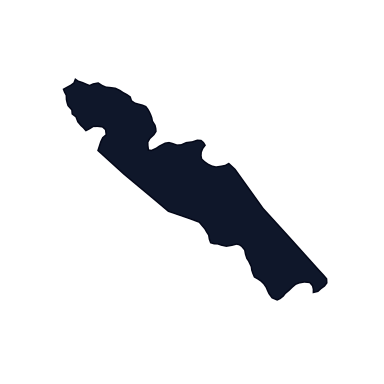 Ubaitaba, Bahia, Brazil, rotated 208°
{"feature_id": "56859067B94631284675469", "entity_name": "Ubaitaba", "entity_type": "district", "adm_level": 2, "iso_a3": "BRA", "parent_name": "Brazil", "parent_adm1": "Bahia", "projection": "orthographic", "projection_center": [-39.41, -14.263], "detail": "fine", "context": "isolated", "style": "filled", "palette": "ink", "viewbox_px": 384, "rotation_deg": 208, "n_neighbors": 0, "source": "geoboundaries", "source_scale": "gbopen_adm2", "svg_char_len": 1882}
<svg xmlns="http://www.w3.org/2000/svg" viewBox="0 0 384 384"><g transform="rotate(208 192 192)"><path d="M326.0,244.2L330.0,241.0L332.4,237.9L336.1,237.5L339.9,237.2L344.6,236.4L347.9,236.8L347.4,232.9L349.0,229.5L351.0,226.5L353.7,222.4L351.4,220.4L348.4,218.4L346.2,214.6L344.2,212.3L342.0,210.1L336.6,208.1L334.4,204.7L329.7,203.9L325.7,200.4L321.2,198.6L318.1,197.8L314.5,196.4L312.1,199.9L310.0,203.6L305.9,205.8L301.6,207.5L297.6,206.5L294.6,202.3L296.3,198.1L296.1,193.6L295.2,188.5L294.5,184.5L260.2,175.8L240.6,171.7L220.0,167.4L203.8,163.9L183.2,167.2L171.4,168.8L167.2,167.1L163.4,165.6L160.4,163.7L157.0,161.8L154.5,158.5L151.7,156.0L148.2,156.7L144.9,158.3L141.1,158.9L136.2,160.3L131.9,163.6L128.3,166.9L125.5,167.7L122.6,167.4L118.2,165.6L115.6,162.3L112.3,159.1L109.6,157.7L107.2,155.9L104.5,153.9L102.6,151.2L100.2,148.9L97.0,146.3L93.0,146.2L89.3,145.8L85.5,144.7L81.7,142.7L79.0,140.5L76.2,138.4L71.6,136.2L66.1,136.7L64.2,139.3L62.6,143.0L62.1,146.1L60.2,150.8L58.8,155.2L57.2,159.2L54.8,162.0L50.6,165.3L45.5,167.4L41.5,165.8L39.2,163.2L37.7,160.3L34.2,163.4L32.9,167.1L30.9,171.2L30.3,175.0L32.4,178.5L36.9,180.3L43.6,182.6L84.7,197.6L121.6,210.8L126.2,213.1L164.7,232.2L172.9,234.4L175.0,231.1L178.3,228.4L182.5,225.3L186.6,224.2L190.9,224.0L195.4,224.6L199.0,225.6L201.1,228.2L202.6,231.5L203.0,235.5L202.4,239.4L205.1,241.0L208.2,241.7L211.6,240.2L215.2,236.4L220.2,232.9L223.6,228.6L227.3,226.3L232.1,225.6L235.5,224.8L238.6,222.5L242.3,217.2L244.0,213.9L247.3,209.6L250.2,208.6L252.8,212.3L254.5,215.3L254.4,219.4L252.6,224.8L252.3,228.6L253.9,231.1L256.0,233.5L260.3,236.0L262.3,238.5L264.5,240.5L267.1,242.5L269.9,244.3L272.9,245.7L276.4,245.4L281.0,244.3L284.3,243.6L288.3,244.1L291.2,246.9L295.2,247.4L299.6,247.4L303.5,247.8L308.3,247.6L313.2,245.8L317.3,244.1L321.5,243.8L326.0,244.2Z" fill="#0f172a" stroke="#020617" stroke-width="1.5"/></g></svg>